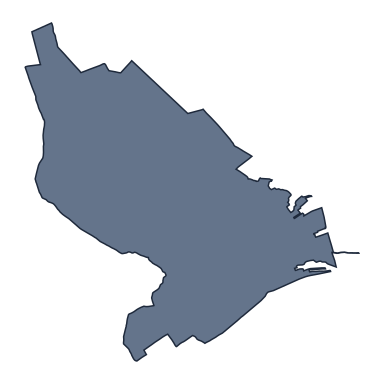 Roscani, Iasi, Romania
{"feature_id": "2599482B5254069249986", "entity_name": "Roscani", "entity_type": "district", "adm_level": 2, "iso_a3": "ROU", "parent_name": "Romania", "parent_adm1": "Iasi", "projection": "equal_earth", "projection_center": [27.437, 47.451], "detail": "fine", "context": "isolated", "style": "filled", "palette": "slate", "viewbox_px": 384, "rotation_deg": 0, "n_neighbors": 0, "source": "geoboundaries", "source_scale": "gbopen_adm2", "svg_char_len": 5964}
<svg xmlns="http://www.w3.org/2000/svg" viewBox="0 0 384 384"><path d="M35.8,96.4L35.9,99.8L37.9,105.1L38.6,107.8L39.9,110.9L41.2,113.3L43.5,119.4L43.9,119.3L44.4,120.7L44.6,122.3L44.4,126.0L43.7,129.4L43.4,132.5L43.1,135.2L43.2,138.3L43.8,143.9L43.4,146.4L43.5,152.3L43.3,155.6L42.9,157.7L42.6,158.4L40.0,162.3L39.4,163.3L38.5,165.4L36.6,172.8L35.2,178.8L35.3,179.5L35.6,180.4L36.0,182.0L36.5,183.2L39.3,192.1L39.5,192.5L40.6,194.2L42.0,197.4L42.5,198.0L46.2,199.7L47.6,201.2L48.6,201.9L51.4,202.8L53.3,203.7L54.3,204.6L55.7,206.3L57.7,209.2L59.1,210.6L59.9,211.8L62.6,214.3L65.3,216.3L68.9,218.7L80.0,228.4L81.3,229.3L87.1,232.7L92.3,235.7L95.2,237.6L96.0,238.0L100.2,241.5L104.8,243.9L107.0,245.2L108.6,245.9L111.8,247.8L113.8,248.7L116.4,250.1L119.2,252.2L121.4,253.4L122.0,253.6L122.7,253.6L126.4,252.9L127.3,252.5L128.2,252.0L128.7,251.9L129.1,251.9L130.4,252.2L130.8,252.3L131.5,252.8L132.5,253.0L133.1,252.9L134.5,252.3L135.0,252.3L136.5,252.8L138.2,253.9L140.9,255.3L143.9,256.2L146.1,257.1L146.8,257.3L148.4,257.5L148.4,258.3L148.6,258.8L149.1,259.8L149.7,260.5L151.8,262.2L152.6,263.1L155.1,264.6L156.8,265.4L159.9,267.5L161.1,268.5L162.2,270.4L162.7,271.5L163.4,272.0L164.1,272.2L164.8,272.5L165.9,274.7L166.0,275.4L165.7,276.0L163.7,277.5L163.5,277.8L162.9,280.9L163.0,281.9L162.9,282.4L162.6,283.0L162.0,283.6L160.9,284.4L160.5,284.7L159.2,287.9L158.6,288.7L156.8,290.1L153.4,292.3L152.8,292.9L152.6,293.4L152.4,295.0L151.7,297.5L151.7,298.1L152.5,301.3L153.8,305.1L153.9,305.6L153.6,305.7L148.5,306.5L146.8,306.6L145.4,306.5L143.9,306.2L141.1,307.3L138.5,308.6L137.0,309.5L133.8,311.8L131.4,313.1L129.2,314.0L128.8,314.3L128.5,314.7L127.5,318.3L127.1,320.3L126.7,323.7L126.2,325.6L126.3,326.1L125.7,328.1L123.6,336.7L123.8,339.8L123.5,342.9L123.6,343.9L128.1,348.3L129.0,349.4L130.0,351.8L130.6,352.7L131.4,354.2L131.8,355.4L133.5,358.7L134.2,359.6L134.9,360.3L135.6,360.7L136.9,361.0L142.2,357.2L146.4,354.6L143.9,350.1L149.7,346.0L150.9,345.2L155.0,342.2L159.9,339.0L162.4,337.2L165.5,335.3L167.7,334.2L171.9,339.9L174.0,343.2L174.8,344.8L176.0,346.4L176.3,346.6L176.7,346.5L180.0,343.7L182.0,342.4L183.4,341.8L185.5,340.5L190.7,336.8L192.7,335.5L194.8,336.5L195.5,337.0L196.1,337.8L197.0,339.1L197.6,339.5L198.4,340.0L201.4,341.1L203.6,342.4L204.9,343.3L206.4,342.4L209.7,340.8L211.7,339.5L215.7,337.2L217.2,336.1L219.2,334.8L222.4,333.1L237.6,320.4L239.6,318.6L241.1,317.2L243.0,315.8L261.0,300.6L265.2,296.2L266.6,293.5L268.2,292.0L273.4,290.6L299.6,278.9L305.6,276.7L308.1,276.0L310.3,275.5L318.5,274.0L330.6,271.5L330.3,270.6L329.8,270.5L327.2,270.9L323.6,271.2L319.1,271.1L315.8,271.4L312.0,271.4L309.8,271.9L309.2,270.8L309.1,270.1L310.4,269.7L311.6,269.6L322.8,268.9L325.5,268.9L325.4,268.4L325.0,267.9L321.5,267.9L310.3,268.6L309.1,268.9L306.6,269.7L303.7,270.9L303.3,269.5L303.0,269.0L302.7,268.9L300.9,268.9L299.5,269.0L296.0,270.3L295.4,270.4L294.6,268.3L297.0,267.7L296.4,266.5L296.9,265.7L297.8,265.2L298.3,265.1L302.3,264.9L303.0,264.7L303.6,264.5L304.2,264.1L304.8,263.0L305.1,262.5L306.5,261.5L310.5,260.5L312.4,260.3L313.4,260.1L316.1,262.1L316.4,262.2L316.8,262.1L319.0,261.3L320.6,261.2L321.2,261.4L322.2,262.0L324.7,262.0L325.8,262.2L327.3,263.6L328.0,264.0L336.2,267.0L334.6,260.4L332.2,253.5L332.0,252.5L336.7,253.3L338.5,253.2L340.8,252.6L344.5,252.3L347.8,253.0L358.8,253.2L358.6,252.8L354.9,252.9L351.2,252.8L348.5,252.9L344.5,252.1L341.0,252.3L337.7,253.0L336.7,252.9L333.4,252.4L331.3,244.9L330.0,240.6L327.8,233.0L322.3,235.0L315.8,237.2L315.5,236.8L315.0,235.6L315.0,235.0L314.9,234.7L314.7,234.5L314.0,234.5L313.7,233.9L313.8,233.6L317.6,232.3L317.6,231.3L323.4,229.0L325.5,228.4L325.5,228.0L325.2,227.6L325.2,227.3L325.9,227.1L324.1,217.2L321.7,207.7L312.7,210.9L311.2,211.6L303.9,215.9L303.8,214.4L303.4,213.8L302.8,213.4L302.4,213.2L298.5,215.7L295.5,217.8L294.3,218.4L293.8,217.4L300.3,213.2L297.9,210.1L298.1,209.9L298.9,209.3L300.6,208.2L300.4,207.1L300.4,206.8L300.5,206.6L302.9,204.8L307.3,200.8L305.5,198.4L306.2,198.0L307.5,197.4L310.4,196.5L311.6,196.4L311.4,195.9L309.8,195.6L308.6,195.6L305.4,196.7L303.0,197.0L302.7,196.9L302.1,196.3L301.8,196.2L301.5,196.3L300.0,197.6L298.7,198.6L296.0,201.2L295.8,201.7L295.4,202.9L295.4,203.4L295.4,203.8L296.0,204.9L296.0,205.2L295.9,205.4L294.2,206.7L293.9,209.9L293.4,210.7L291.7,212.0L290.8,212.5L289.5,210.9L288.3,209.4L286.8,206.9L287.0,206.5L288.3,205.7L289.3,204.9L289.1,204.6L289.1,204.1L288.7,203.4L287.7,202.3L288.5,201.4L288.8,200.1L288.5,198.4L288.7,197.8L289.1,197.2L290.9,195.4L291.0,195.1L291.0,194.6L290.7,194.1L289.6,192.9L288.7,192.0L287.9,191.4L286.5,190.6L285.9,190.5L284.4,190.2L283.3,189.9L282.8,189.6L280.7,189.7L280.4,189.6L278.9,188.9L278.5,188.9L277.2,189.2L276.3,189.3L276.0,189.1L274.9,188.2L274.6,188.1L271.4,189.6L269.8,188.5L269.5,188.2L269.2,187.4L268.5,186.4L268.3,186.0L268.3,185.7L269.1,182.1L270.3,181.3L270.7,181.1L271.4,181.2L272.1,180.0L270.5,179.5L269.5,179.0L261.2,178.5L260.6,178.4L260.2,178.0L259.5,178.7L258.5,180.8L258.1,181.1L256.7,181.4L256.4,181.3L256.1,180.9L255.6,181.0L255.0,180.6L254.7,180.5L253.9,180.6L252.5,179.9L250.4,179.1L249.2,178.9L248.2,179.0L247.7,177.4L246.7,176.3L239.7,171.4L236.1,169.2L238.2,167.0L249.2,158.6L251.9,156.3L249.3,154.6L243.8,151.4L237.7,147.6L235.2,146.4L234.3,145.7L234.0,145.3L233.1,143.4L231.2,141.0L230.0,139.2L219.6,127.0L217.5,124.6L211.1,117.8L206.4,113.1L203.1,109.2L202.2,109.7L187.8,113.5L131.7,60.7L130.1,62.6L126.2,66.8L121.3,72.2L121.0,72.6L120.6,72.8L120.3,72.8L118.8,72.6L115.2,71.8L109.0,70.7L107.5,68.5L105.4,64.4L104.4,63.7L103.1,63.9L99.9,65.5L89.1,69.5L85.1,71.1L81.0,72.6L80.8,72.6L79.6,70.9L72.9,63.7L63.5,53.2L58.1,47.5L57.8,47.0L57.5,46.2L57.0,43.4L55.9,39.4L55.7,38.6L55.5,37.1L55.3,36.0L54.7,34.5L53.8,33.0L53.4,31.9L53.2,31.1L53.1,28.3L52.8,26.7L52.0,23.9L51.5,23.0L31.9,31.8L32.3,33.9L40.1,63.5L40.5,64.6L28.1,66.1L25.8,66.7L25.3,67.1L25.2,67.3L28.4,76.4L28.5,77.1L29.2,79.1L32.4,87.9L35.8,96.4Z" fill="#64748b" stroke="#1e293b" stroke-width="1.5"/></svg>